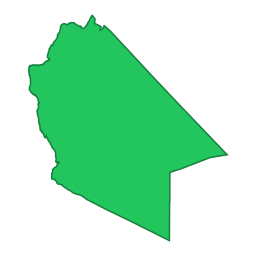 outline of West Kwara'ae, Malaita, Solomon Islands
{"feature_id": "97153195B25231511740038", "entity_name": "West Kwara'ae", "entity_type": "district", "adm_level": 2, "iso_a3": "SLB", "parent_name": "Solomon Islands", "parent_adm1": "Malaita", "projection": "equal_earth", "projection_center": [160.683, -8.662], "detail": "fine", "context": "isolated", "style": "filled", "palette": "green", "viewbox_px": 256, "rotation_deg": 0, "n_neighbors": 0, "source": "geoboundaries", "source_scale": "gbopen_adm2", "svg_char_len": 5224}
<svg xmlns="http://www.w3.org/2000/svg" viewBox="0 0 256 256"><path d="M92.3,15.4L92.0,15.4L91.2,16.8L90.7,17.4L89.6,20.1L88.1,22.3L87.7,23.4L87.3,23.9L87.1,24.8L86.4,25.3L86.0,26.0L84.9,27.5L84.5,27.9L83.7,28.2L83.1,28.3L82.4,28.1L82.1,28.1L81.3,27.9L81.1,27.7L80.9,27.2L81.0,26.8L81.2,27.1L81.3,27.0L81.3,26.6L81.0,26.4L80.6,26.3L80.2,26.4L79.9,26.3L79.7,26.1L79.2,26.0L78.9,26.1L78.2,25.7L77.4,25.3L76.8,24.7L75.7,24.1L75.4,23.9L75.2,23.9L74.7,23.7L74.4,23.3L74.3,23.0L74.0,22.9L73.8,22.7L73.4,22.8L73.1,22.6L72.3,22.6L71.9,22.7L70.9,22.7L70.4,22.8L70.1,23.0L70.0,23.3L69.7,23.5L69.4,23.3L69.0,23.3L68.5,23.8L68.3,24.1L68.0,24.2L67.9,24.4L67.1,24.7L66.7,24.6L66.6,24.4L66.2,24.4L65.1,23.8L64.6,23.7L63.6,23.7L62.8,24.1L62.3,24.3L61.8,24.8L61.6,24.8L61.4,25.0L61.2,25.6L60.9,25.7L60.9,26.0L60.7,26.2L60.5,26.8L60.6,27.7L60.5,28.4L60.3,28.9L60.4,29.3L60.2,29.9L60.2,30.3L60.1,30.6L59.9,31.0L59.8,31.4L59.7,31.5L59.3,32.3L59.2,32.5L58.9,32.9L58.6,33.4L58.3,33.8L58.0,33.8L57.9,34.3L57.5,34.9L57.5,35.2L57.6,35.6L57.5,35.9L57.6,36.0L57.4,36.4L57.7,36.8L56.7,38.6L56.0,39.6L55.9,40.0L55.7,40.2L55.5,40.6L55.3,40.8L55.1,40.8L54.9,41.0L54.5,41.2L54.3,41.4L54.1,41.6L53.7,42.3L53.4,42.7L53.3,43.2L53.4,43.4L53.4,43.7L53.1,44.0L53.0,44.5L52.7,45.2L52.2,45.5L52.0,45.4L51.9,45.1L51.6,45.3L51.4,45.2L51.3,45.4L51.1,45.5L50.8,45.9L50.6,46.8L50.1,47.4L50.1,47.6L49.9,48.0L49.7,48.2L49.5,48.8L49.2,49.0L49.1,49.3L49.0,49.5L49.1,49.8L49.1,50.0L49.1,50.6L49.0,51.2L48.9,51.4L48.7,51.5L48.7,51.9L48.5,52.0L48.3,52.5L48.0,53.4L48.0,53.8L47.8,54.2L47.7,54.8L47.4,56.0L47.4,56.7L47.6,57.1L47.6,57.6L47.9,57.7L48.3,58.3L48.6,58.4L48.7,58.8L48.9,59.0L49.4,58.7L49.6,58.8L49.4,59.9L49.0,60.3L48.8,60.2L47.9,60.4L47.6,60.7L47.0,61.0L46.7,60.9L46.5,61.1L46.3,61.3L45.9,61.6L45.6,61.8L45.4,61.8L45.2,61.9L45.1,62.2L44.9,62.3L44.4,62.7L44.3,63.0L44.0,63.4L44.0,63.5L43.8,63.8L43.4,63.8L43.3,64.1L43.1,64.1L42.6,64.3L42.4,64.3L42.3,64.5L42.2,64.7L41.8,64.6L41.1,64.7L40.6,64.9L40.3,64.9L40.1,65.0L39.9,64.9L39.4,65.1L38.8,65.1L38.7,65.3L38.1,65.5L37.7,65.4L37.6,65.1L37.3,65.2L37.0,65.2L36.8,65.4L36.6,65.2L36.0,65.0L35.4,65.1L35.1,65.1L34.9,65.2L34.7,65.0L34.2,65.1L34.0,64.9L33.6,65.0L33.3,64.9L32.5,65.0L32.0,65.4L31.5,65.4L31.2,65.4L30.7,65.8L30.2,65.9L30.0,65.7L29.9,66.0L29.7,66.2L29.5,66.4L29.5,66.7L29.3,66.8L29.3,67.1L29.0,67.3L29.0,67.7L29.1,67.9L29.0,68.7L28.9,69.0L28.8,69.6L29.0,69.8L28.9,70.7L28.8,71.0L28.9,71.5L29.0,71.8L29.0,72.8L29.2,73.6L29.1,73.9L29.2,74.1L29.2,74.5L29.4,74.8L29.3,75.4L29.5,75.7L29.8,75.7L29.9,75.9L30.1,76.6L30.2,77.8L30.0,78.2L30.2,78.6L30.4,78.7L30.6,79.8L30.4,80.8L30.4,81.5L30.5,82.2L30.7,82.7L30.6,83.4L30.5,83.7L30.5,83.9L30.4,84.6L30.2,84.9L30.2,85.6L29.9,86.4L29.7,86.6L29.6,87.1L29.4,87.7L29.5,87.9L29.4,88.1L29.5,88.7L29.4,89.3L29.5,89.4L29.5,89.9L29.8,90.0L30.1,90.8L30.4,91.1L30.7,91.9L31.5,92.7L31.8,93.0L32.2,93.4L32.6,93.9L33.9,94.8L34.1,94.8L34.4,94.7L34.8,94.7L35.1,95.0L34.9,95.4L35.1,95.5L35.3,95.3L35.7,95.6L36.5,96.8L37.4,97.8L37.7,98.0L37.8,98.2L37.9,98.9L38.1,99.5L38.1,100.5L38.2,101.0L38.3,101.3L38.5,101.6L38.5,102.2L39.0,103.4L38.9,103.5L38.4,103.6L38.2,103.8L38.1,104.1L38.5,106.2L38.4,107.3L38.2,108.0L38.1,108.8L37.9,109.1L37.8,109.5L37.6,109.9L37.2,110.2L37.0,110.5L37.0,110.9L37.2,111.2L37.2,112.1L37.4,112.7L37.5,113.9L37.6,114.9L38.1,116.7L38.3,117.2L38.5,118.0L38.5,118.6L38.7,119.5L38.8,121.9L39.0,122.8L39.0,123.3L39.1,123.6L39.2,123.1L39.4,123.1L40.0,126.0L40.0,128.0L40.2,128.5L40.3,128.8L40.1,129.1L40.1,129.4L40.2,129.9L40.3,129.9L40.5,129.8L40.7,130.4L41.6,131.4L41.3,131.4L41.3,131.6L41.7,132.0L42.1,132.3L42.5,132.9L43.4,133.5L43.5,134.6L43.9,135.1L44.2,136.1L44.5,136.8L44.9,137.2L44.9,137.5L45.0,137.6L45.1,137.2L45.3,137.0L46.0,137.1L46.1,136.8L46.0,136.5L46.2,136.2L46.2,136.6L46.7,137.1L47.3,138.5L47.6,138.9L47.8,139.5L48.2,140.2L48.4,140.8L48.7,141.2L48.9,141.3L49.2,141.8L49.3,141.8L49.5,141.9L50.2,142.7L50.3,143.0L50.1,143.2L50.3,144.1L50.7,144.3L50.8,144.6L51.2,145.1L51.7,146.0L52.1,147.4L52.4,147.8L52.7,148.4L53.8,149.3L53.9,149.5L54.4,150.1L54.8,150.8L55.3,151.8L55.6,153.0L55.7,153.6L55.6,155.7L55.7,157.1L55.8,157.5L56.2,158.2L56.2,158.5L56.2,159.1L55.9,160.9L55.7,161.4L55.8,161.7L56.2,162.0L56.4,162.0L56.6,162.2L56.6,162.6L56.9,162.7L57.0,162.9L57.3,162.8L57.3,162.4L57.4,162.2L58.0,161.9L58.3,161.9L58.9,162.0L59.2,162.3L59.3,162.6L59.2,162.6L59.1,162.4L58.8,162.5L58.6,162.8L58.4,162.5L58.1,162.3L57.7,162.3L57.7,162.5L58.1,163.1L58.1,163.5L57.3,164.6L56.3,166.5L55.8,167.0L54.4,167.8L53.4,168.9L52.9,169.2L52.7,169.6L52.6,169.8L52.7,170.5L52.6,171.8L52.2,172.7L52.1,172.9L51.8,173.2L51.7,173.5L51.8,176.5L51.8,176.9L51.6,177.5L51.6,177.8L51.8,178.4L52.1,179.1L54.2,179.7L54.7,179.5L55.0,179.5L55.9,181.0L56.2,181.2L56.5,181.7L56.8,182.9L57.0,183.1L57.5,183.3L57.8,183.5L57.8,183.9L58.5,184.1L60.1,184.3L61.2,184.7L61.8,184.7L62.3,185.1L62.4,185.7L67.8,189.5L71.3,191.3L72.3,192.3L76.1,194.1L79.4,194.8L82.0,195.9L86.7,199.4L106.9,209.8L127.9,219.9L169.4,240.6L169.6,201.5L169.8,201.4L169.9,172.4L181.5,168.6L209.8,157.7L218.2,156.2L227.2,154.8L177.8,103.2L149.1,72.8L110.3,31.0L104.2,25.7L102.5,29.1L100.1,30.1L100.3,28.9L101.2,27.0L99.6,25.8L94.5,23.3L94.8,22.0L95.0,18.9L92.3,15.4Z" fill="#22c55e" stroke="#15803d" stroke-width="1.5"/></svg>